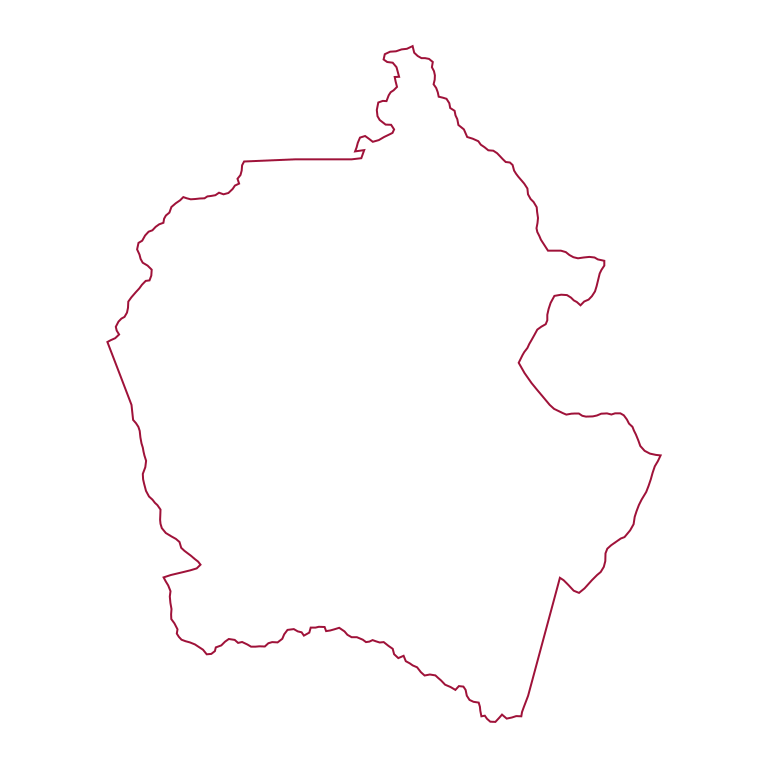 outline of Capixaba, Acre, Brazil
{"feature_id": "56859067B32196744892902", "entity_name": "Capixaba", "entity_type": "district", "adm_level": 2, "iso_a3": "BRA", "parent_name": "Brazil", "parent_adm1": "Acre", "projection": "robinson", "projection_center": [-67.828, -10.457], "detail": "fine", "context": "isolated", "style": "outline", "palette": "rose", "viewbox_px": 768, "rotation_deg": 0, "n_neighbors": 0, "source": "geoboundaries", "source_scale": "gbopen_adm2", "svg_char_len": 4929}
<svg xmlns="http://www.w3.org/2000/svg" viewBox="0 0 768 768"><path d="M604.3,260.8L597.8,259.4L594.6,257.5L589.4,256.9L583.6,257.5L578.0,258.3L573.4,257.2L569.4,255.0L565.8,252.1L561.0,250.7L548.0,250.7L540.9,239.7L539.3,235.9L537.3,232.0L536.5,228.2L537.5,223.0L538.0,218.0L537.1,211.8L536.7,207.2L533.6,202.0L530.6,199.0L528.0,194.3L527.4,188.5L524.2,183.6L518.3,176.7L516.1,173.8L514.1,170.6L512.6,165.0L509.9,162.5L505.7,162.0L502.8,159.2L499.7,155.9L497.1,153.2L493.3,150.7L488.3,150.3L484.5,147.2L480.8,144.7L478.3,141.2L472.7,138.7L467.2,137.0L463.9,129.4L458.4,125.0L457.3,119.2L455.5,115.4L454.6,110.8L450.2,108.0L449.3,103.2L446.5,98.8L442.9,97.7L438.7,96.7L437.8,92.4L436.2,88.0L433.6,84.3L434.7,79.7L434.9,75.4L434.0,71.2L431.9,67.2L432.8,62.0L429.0,58.9L424.9,58.1L421.4,58.1L417.7,56.0L414.2,52.7L412.6,46.1L406.9,48.8L401.6,49.4L396.0,51.3L390.1,51.7L384.8,54.2L383.6,59.5L387.2,62.0L392.7,62.7L396.5,67.2L397.8,72.0L399.1,76.8L394.7,77.0L395.6,81.4L397.0,86.9L393.6,90.3L390.7,92.2L388.7,95.3L386.5,101.1L382.8,100.9L378.3,102.5L376.8,110.0L377.5,116.2L379.7,120.0L385.6,124.6L391.1,124.8L394.1,129.4L392.5,132.9L389.3,134.5L384.1,137.0L378.8,140.1L372.8,141.8L369.1,138.9L365.1,136.0L360.0,137.6L357.8,142.8L356.6,147.4L355.1,151.4L364.2,150.1L361.3,158.2L351.9,159.3L348.3,159.3L296.1,159.3L244.1,161.5L242.1,165.3L241.7,170.5L240.5,175.0L237.5,178.8L239.1,183.6L234.9,185.6L232.7,188.9L228.4,193.0L223.5,194.3L219.0,192.7L215.4,195.2L210.8,196.0L207.4,196.4L204.5,198.3L199.8,198.5L195.3,199.0L190.7,199.3L186.8,198.3L183.3,197.1L180.1,200.3L175.7,203.3L171.4,207.0L169.4,212.6L165.9,215.5L164.1,218.7L163.4,222.8L159.2,224.3L155.7,226.8L152.4,230.3L148.6,231.7L145.1,235.5L142.2,240.7L138.5,242.9L137.1,249.4L139.5,254.6L140.6,258.9L142.7,262.7L147.6,265.6L151.7,269.7L151.3,275.6L149.5,280.4L145.7,280.9L142.0,284.7L139.3,288.4L135.8,292.2L131.3,297.4L128.3,301.6L128.0,307.8L127.0,312.6L124.5,316.9L121.4,318.6L118.5,321.6L115.8,326.8L116.7,330.6L119.1,334.5L115.2,338.2L110.7,340.2L107.4,342.0L120.5,376.1L131.5,404.9L133.1,419.9L136.0,423.2L138.4,426.9L139.7,430.9L140.4,437.4L141.5,443.4L142.8,447.6L143.5,451.5L144.4,455.4L146.1,460.8L145.3,467.2L142.8,473.9L143.1,479.3L144.1,483.7L146.0,490.9L149.0,496.5L152.5,499.7L154.9,502.8L157.4,505.1L160.5,509.6L160.3,515.1L160.1,519.8L160.5,523.8L161.8,528.1L165.8,533.0L171.4,536.4L175.9,538.9L179.5,542.0L181.2,547.8L184.4,550.8L187.3,553.0L190.9,555.7L194.5,558.8L198.1,561.6L200.5,564.7L196.7,568.4L190.4,570.3L183.1,572.1L170.9,575.0L163.6,577.4L165.8,581.5L168.2,585.4L170.5,591.2L169.8,596.5L170.4,602.9L171.5,609.1L171.1,614.3L171.3,619.1L174.4,623.3L177.5,629.3L176.8,633.6L178.9,636.9L181.5,639.7L185.5,641.2L189.9,642.4L194.9,644.4L198.7,646.9L203.0,649.7L206.7,654.3L211.3,653.9L214.9,651.1L215.8,647.4L221.3,645.4L225.0,641.7L228.8,639.0L234.7,639.9L238.1,642.9L242.1,642.0L247.4,644.5L251.1,646.7L255.1,646.7L259.5,646.3L264.8,646.5L268.4,643.2L272.2,642.1L277.6,642.4L282.3,638.8L284.2,634.3L287.5,629.9L293.8,629.1L297.8,631.4L301.6,632.3L303.9,635.6L309.3,632.6L310.7,627.6L315.5,627.6L318.8,626.8L324.6,627.0L326.1,631.1L330.1,630.5L334.4,629.3L339.2,627.8L344.5,631.4L347.4,634.8L351.6,637.2L356.9,637.2L362.8,639.7L366.0,642.1L369.4,641.6L372.6,640.1L375.9,641.3L379.7,642.5L383.7,642.1L388.5,645.9L392.7,648.8L394.1,654.2L398.3,658.1L403.6,655.8L405.8,661.2L409.7,663.3L412.7,665.4L417.1,667.3L420.9,672.2L424.6,675.5L429.9,674.5L435.4,675.4L438.0,677.8L441.0,680.4L445.1,684.7L450.5,687.0L455.4,689.9L458.9,686.1L463.4,686.6L465.6,689.9L466.8,695.7L469.5,699.9L473.5,701.8L478.7,702.6L479.9,706.7L480.3,710.7L481.4,716.3L484.8,715.7L487.0,718.8L490.3,721.7L495.4,721.9L499.3,717.7L502.0,714.6L506.7,718.6L511.9,717.5L516.2,716.1L521.3,716.3L522.0,712.1L523.7,707.4L528.1,695.8L558.2,584.2L559.9,577.8L563.6,580.2L568.1,584.7L573.7,590.7L579.0,592.9L584.5,588.4L591.9,580.2L597.1,575.0L600.7,572.0L603.8,566.9L605.3,561.1L605.5,553.3L607.3,548.7L611.2,545.2L620.8,538.5L624.5,537.1L630.1,530.4L633.6,524.2L634.7,516.9L636.5,511.3L638.9,505.0L641.6,499.6L646.2,492.0L648.6,485.8L650.8,479.3L652.6,472.8L654.8,466.3L657.9,461.1L660.6,455.4L655.9,454.9L649.9,453.6L644.6,450.8L640.3,446.0L638.3,440.4L635.9,434.5L633.9,430.5L632.5,426.9L629.0,423.6L626.9,419.5L623.8,415.3L620.3,413.3L615.2,413.3L611.4,414.5L607.0,413.4L601.2,413.7L596.9,415.5L592.8,416.4L585.9,416.6L582.3,415.8L578.8,413.5L575.2,413.5L571.4,413.7L566.3,414.6L562.8,413.1L554.1,408.9L549.7,404.9L544.2,398.3L536.9,389.6L531.5,383.0L524.5,373.0L518.7,362.8L522.5,355.1L524.3,352.0L527.4,348.0L529.3,343.9L531.4,340.3L534.2,335.3L537.3,329.6L541.3,326.7L545.7,324.2L547.3,320.3L547.3,314.8L548.6,309.0L550.6,302.9L554.4,295.9L561.2,294.7L567.0,295.1L571.0,297.6L573.8,300.4L576.8,302.0L580.5,305.3L584.2,301.5L588.6,299.6L591.9,296.2L595.0,291.4L596.6,286.2L597.9,280.9L599.7,273.5L601.5,269.8L604.3,265.6L604.3,260.8Z" fill="none" stroke="#9f1239" stroke-width="2"/></svg>